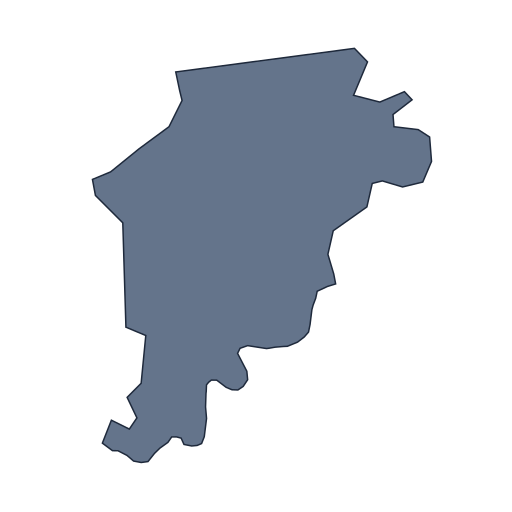 Saykhunabad, Sirdaryo, Uzbekistan, rotated 94°
{"feature_id": "79887680B2941590396585", "entity_name": "Saykhunabad", "entity_type": "district", "adm_level": 2, "iso_a3": "UZB", "parent_name": "Uzbekistan", "parent_adm1": "Sirdaryo", "projection": "orthographic", "projection_center": [68.922, 40.647], "detail": "fine", "context": "isolated", "style": "filled", "palette": "slate", "viewbox_px": 512, "rotation_deg": 94, "n_neighbors": 0, "source": "geoboundaries", "source_scale": "gbopen_adm2", "svg_char_len": 1214}
<svg xmlns="http://www.w3.org/2000/svg" viewBox="0 0 512 512"><g transform="rotate(94 256 256)"><path d="M96.3,343.7L106.0,340.6L133.1,351.8L157.0,379.9L182.2,406.9L191.0,424.5L206.8,420.4L232.2,391.2L336.1,380.8L343.0,360.4L391.0,361.7L406.0,374.7L425.8,363.5L437.5,370.3L429.9,388.8L453.4,396.2L460.2,385.6L459.9,380.1L463.9,370.8L469.1,363.8L470.0,356.1L468.6,349.4L460.0,343.5L454.3,338.4L448.1,330.9L442.4,327.5L442.0,322.7L442.9,318.0L449.0,314.7L450.0,306.9L449.1,301.5L446.9,297.2L439.9,295.0L421.5,294.0L410.1,295.8L396.4,296.3L394.6,296.2L388.0,296.4L385.2,294.4L382.9,291.9L382.6,286.5L389.1,276.6L391.1,270.7L390.9,264.7L387.0,259.7L380.0,255.7L371.6,257.1L364.4,261.5L354.4,267.6L351.3,266.3L349.2,265.5L346.0,258.1L347.6,239.0L347.1,236.6L345.6,230.5L344.3,222.0L343.9,218.4L339.0,208.5L333.4,202.2L328.2,198.3L320.6,197.3L305.7,196.5L301.0,195.6L294.0,193.5L286.9,192.5L281.4,182.6L278.3,174.6L268.5,177.2L249.3,184.4L225.4,180.7L199.3,148.8L175.5,145.1L172.3,135.2L176.9,114.6L170.6,94.8L149.4,87.5L125.2,91.1L118.6,103.0L117.4,127.4L105.3,129.2L89.3,111.2L81.7,119.4L93.8,143.2L88.9,169.9L54.6,158.3L42.0,172.3L78.0,348.9L96.3,343.7Z" fill="#64748b" stroke="#1e293b" stroke-width="1.5"/></g></svg>